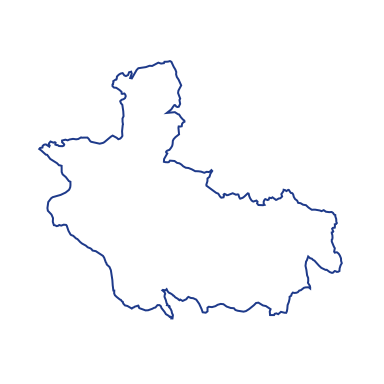 the district of Hopang, Shan, Myanmar, rotated 6°
{"feature_id": "60261553B42594704122339", "entity_name": "Hopang", "entity_type": "district", "adm_level": 2, "iso_a3": "MMR", "parent_name": "Myanmar", "parent_adm1": "Shan", "projection": "natural_earth1", "projection_center": [98.938, 23.1], "detail": "fine", "context": "isolated", "style": "outline", "palette": "blue", "viewbox_px": 384, "rotation_deg": 6, "n_neighbors": 0, "source": "geoboundaries", "source_scale": "gbopen_adm2", "svg_char_len": 6017}
<svg xmlns="http://www.w3.org/2000/svg" viewBox="0 0 384 384"><g transform="rotate(6 192 192)"><path d="M282.5,306.2L286.5,305.8L287.0,304.5L288.6,303.9L290.5,304.5L293.0,301.9L296.5,302.4L298.3,302.3L298.8,300.8L299.0,298.4L298.9,294.5L299.8,291.3L300.2,288.0L300.0,286.0L301.5,284.8L301.7,283.2L302.8,281.5L304.4,281.7L306.3,281.3L307.7,280.6L309.0,278.8L310.5,278.3L313.3,275.6L314.9,275.0L318.0,274.6L319.6,275.6L319.5,274.5L319.0,273.0L316.8,270.2L316.9,268.3L316.5,265.3L315.2,262.9L313.9,257.5L312.6,253.6L312.7,249.3L313.4,247.9L314.3,244.0L316.4,245.5L318.2,245.8L319.5,246.9L321.0,247.5L326.0,252.0L328.5,253.9L332.9,255.5L334.1,255.3L337.3,257.2L339.6,257.8L340.5,257.6L342.2,255.7L343.2,255.8L344.3,256.3L345.6,256.1L346.9,255.2L346.8,252.6L347.4,249.5L348.4,247.1L347.5,245.0L347.1,242.4L345.7,239.8L344.4,238.1L342.7,236.9L341.7,236.9L340.4,237.4L339.6,236.5L339.9,233.0L338.8,231.5L336.2,226.7L336.0,224.8L336.5,224.1L336.5,222.5L336.1,220.2L335.3,218.4L335.2,217.6L336.1,217.3L336.6,216.5L335.2,213.9L335.8,213.0L337.7,212.5L337.7,210.7L337.4,209.2L338.6,208.8L339.3,207.7L338.7,206.8L338.2,203.7L337.1,201.3L336.9,199.9L335.6,199.5L334.4,198.0L333.0,197.3L330.5,197.7L327.2,197.6L324.9,196.3L322.8,197.5L321.0,197.0L316.4,196.7L312.9,197.1L309.5,195.3L306.7,193.2L303.7,193.0L301.2,191.8L298.7,191.7L297.5,189.6L295.2,188.2L293.7,186.1L292.9,183.9L291.9,182.7L290.5,182.6L289.3,181.4L288.3,180.0L287.5,179.8L285.8,181.2L284.4,180.4L282.9,180.2L282.8,181.7L281.1,184.8L282.1,187.1L280.5,189.0L278.9,189.4L277.5,190.5L276.4,191.1L272.6,188.9L271.5,189.8L269.6,189.6L269.0,191.6L267.9,192.1L265.6,191.4L264.8,192.5L264.3,194.1L264.5,196.0L265.5,197.2L264.0,197.7L259.4,198.0L257.9,196.5L258.2,194.8L257.0,193.8L253.9,195.1L252.2,194.3L250.5,192.2L249.4,190.2L248.5,187.7L247.6,187.5L244.5,191.1L243.0,192.5L240.6,193.6L239.7,192.6L238.4,189.7L237.6,189.6L236.0,190.1L232.6,189.0L227.9,191.4L226.6,191.5L225.8,190.8L224.4,190.5L223.7,191.3L224.2,192.4L223.9,194.0L221.7,194.6L220.4,193.6L218.3,190.9L216.1,190.3L205.7,184.2L205.5,183.2L206.2,179.6L206.0,176.9L207.8,175.1L208.4,171.9L209.9,169.0L209.0,168.2L207.8,169.7L206.6,170.4L204.5,170.4L202.2,171.6L198.9,170.8L196.0,170.7L193.1,171.0L189.5,169.5L186.0,168.5L183.2,168.5L180.5,167.3L178.7,165.9L176.5,164.8L174.1,164.6L171.4,163.0L166.8,163.1L165.8,164.7L164.7,165.0L162.3,165.1L160.9,164.9L160.8,162.1L163.4,156.2L162.2,155.4L162.1,154.5L163.0,153.5L165.2,152.4L166.6,150.1L167.5,148.1L167.7,146.2L167.6,143.1L168.2,141.4L169.8,139.2L173.1,136.0L171.8,129.6L171.9,128.2L173.7,128.1L174.9,127.7L175.0,125.3L175.7,124.0L177.2,122.9L176.9,121.8L175.3,120.8L173.0,118.7L171.1,116.3L170.0,116.1L166.6,114.4L158.7,116.0L162.8,112.0L164.3,109.1L165.4,107.4L166.2,107.4L167.5,108.7L168.7,109.0L169.9,108.6L171.0,105.6L169.9,101.8L170.5,100.4L167.8,95.0L167.9,92.6L170.1,87.1L166.9,81.6L164.9,79.2L163.9,76.7L163.8,74.3L162.6,71.9L160.7,69.4L157.9,64.7L156.4,64.1L154.4,64.9L151.0,65.4L150.6,66.8L147.8,67.5L145.0,66.9L139.2,70.8L136.6,70.9L133.1,72.6L125.7,74.5L124.2,76.4L120.3,85.3L118.6,85.1L119.7,80.6L118.9,78.7L116.9,79.5L116.2,82.3L114.2,83.6L112.5,83.1L110.6,81.0L108.6,81.7L106.9,83.0L105.3,85.0L105.3,87.3L105.0,88.1L104.4,88.1L102.1,90.0L102.4,91.5L102.0,92.4L102.2,93.1L101.7,93.6L101.9,95.1L103.5,96.3L105.8,96.3L109.2,98.1L111.4,99.7L111.8,101.6L112.4,101.7L114.4,101.1L114.8,101.4L115.6,102.4L116.1,103.6L115.6,105.6L114.3,106.8L112.3,107.7L111.1,109.2L112.1,111.2L113.6,112.6L115.2,118.9L116.0,123.8L115.2,126.2L115.6,129.4L116.3,132.1L116.1,132.7L116.1,138.9L116.9,143.5L116.1,145.1L115.0,146.4L113.2,147.2L111.5,146.0L107.2,144.2L105.6,145.4L99.6,151.6L98.3,152.5L95.1,153.6L86.4,152.6L85.2,151.8L83.7,149.9L82.3,148.8L76.5,149.5L76.0,149.3L73.3,151.2L71.3,151.7L68.1,151.6L64.7,152.6L63.0,153.6L60.6,153.2L57.4,154.4L57.6,156.1L59.5,157.5L60.0,158.3L59.5,159.4L58.3,160.0L54.9,160.2L53.5,159.4L52.4,159.5L51.1,159.1L51.2,157.2L50.4,156.8L49.0,157.4L46.0,156.6L44.6,158.7L44.6,159.8L45.6,160.6L45.3,161.8L41.8,160.0L40.8,160.1L39.7,160.6L38.7,161.7L38.6,163.4L36.3,164.1L35.6,165.2L37.8,166.5L42.7,170.1L44.1,170.2L47.5,173.9L54.8,177.5L56.9,179.3L58.0,179.3L59.6,179.6L60.3,185.7L61.5,188.0L65.0,190.4L68.4,194.0L70.0,194.5L70.4,197.8L70.4,199.9L69.9,201.7L69.4,202.8L66.3,205.8L61.7,208.6L54.0,211.7L52.6,212.9L50.1,217.0L49.9,223.1L50.6,225.7L54.6,229.1L56.5,232.5L56.7,236.2L58.1,239.4L59.1,239.4L61.1,240.1L62.7,239.4L63.4,238.7L65.4,239.1L67.9,237.9L70.2,237.9L70.9,238.5L73.2,243.5L75.6,246.9L76.3,247.4L78.5,248.0L81.5,250.3L83.0,250.8L86.1,253.5L88.1,254.8L92.0,256.4L94.1,257.9L96.7,258.6L97.9,259.2L99.2,260.6L102.5,260.9L110.1,264.8L111.5,266.5L113.7,271.1L114.4,271.8L114.8,273.0L117.8,275.2L119.5,278.3L122.0,287.9L122.9,293.1L124.1,298.2L125.0,298.2L125.2,301.0L126.1,302.7L128.0,304.2L131.6,306.5L132.5,306.7L133.7,308.1L134.6,308.4L135.3,310.1L137.2,311.8L139.7,312.1L144.3,314.2L144.9,313.4L146.0,313.0L146.9,312.1L150.4,310.6L151.0,311.3L151.1,312.2L151.8,313.0L158.2,314.6L160.7,314.2L164.5,312.4L166.5,311.1L167.7,310.7L169.5,308.1L171.5,307.9L172.9,308.8L173.8,310.6L177.3,314.2L178.8,316.2L181.8,317.6L182.9,318.6L183.9,318.2L184.6,318.6L184.6,319.9L185.8,319.8L185.9,316.4L184.7,314.4L184.1,312.4L182.7,310.2L181.3,308.9L181.7,308.2L181.4,307.7L178.9,307.2L179.2,306.1L178.4,305.3L177.3,302.3L175.6,299.1L175.6,297.2L176.0,296.1L175.6,295.2L174.6,294.1L172.8,292.9L173.3,292.4L175.8,292.6L176.9,291.3L178.3,293.5L180.1,294.9L180.9,294.9L183.6,296.3L184.0,296.9L184.8,297.1L186.4,298.5L189.1,299.7L190.0,300.5L190.9,300.9L191.5,300.2L194.1,301.3L197.6,299.2L198.5,297.6L199.4,296.7L201.9,297.5L204.3,297.5L207.5,298.6L210.8,302.4L213.7,307.3L215.2,310.5L218.3,310.6L219.9,309.1L219.5,305.4L220.6,304.4L223.9,304.4L227.2,303.1L229.3,301.5L232.2,300.3L235.0,300.3L238.4,302.3L242.6,303.3L245.8,303.2L247.5,304.8L249.8,305.3L255.8,305.6L258.1,304.8L261.1,302.4L265.4,298.1L267.3,295.7L269.6,295.1L274.4,297.4L277.4,297.7L282.4,300.3L281.8,302.7L282.5,306.2Z" fill="none" stroke="#1e3a8a" stroke-width="2"/></g></svg>